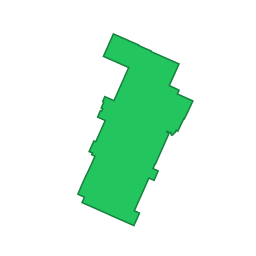 outline of Daireaux, Buenos Aires, Argentina, rotated 248°
{"feature_id": "61730980B69261173940199", "entity_name": "Daireaux", "entity_type": "district", "adm_level": 2, "iso_a3": "ARG", "parent_name": "Argentina", "parent_adm1": "Buenos Aires", "projection": "albers", "projection_center": [-61.961, -36.621], "detail": "fine", "context": "isolated", "style": "filled", "palette": "green", "viewbox_px": 256, "rotation_deg": 248, "n_neighbors": 0, "source": "geoboundaries", "source_scale": "gbopen_adm2", "svg_char_len": 1853}
<svg xmlns="http://www.w3.org/2000/svg" viewBox="0 0 256 256"><g transform="rotate(248 128 128)"><path d="M167.5,198.5L168.3,199.3L190.4,177.8L190.8,178.2L195.0,174.1L200.6,168.7L200.9,169.0L220.7,149.7L203.6,132.0L183.8,151.3L158.6,125.2L165.8,118.3L162.0,114.4L160.9,115.1L156.6,110.6L155.4,111.8L153.4,109.7L154.4,108.8L149.5,103.9L143.5,109.7L127.3,92.9L128.8,91.5L124.0,86.5L123.7,86.2L120.7,83.1L118.3,85.7L116.9,84.3L114.3,86.8L107.2,79.6L100.2,72.0L99.9,71.5L93.2,64.5L85.4,56.7L80.2,61.7L76.1,57.4L54.4,78.5L54.1,78.6L35.3,96.9L44.8,106.8L48.9,102.9L73.7,128.6L69.7,132.6L76.9,139.9L81.0,136.0L84.6,139.7L84.4,140.0L107.6,164.0L107.7,163.9L107.8,163.8L108.0,163.7L108.4,163.6L108.5,163.5L108.7,163.4L108.9,163.3L108.9,163.1L109.0,163.0L109.3,163.0L109.5,162.8L109.6,162.7L109.9,162.5L110.0,162.6L110.2,162.9L110.0,163.0L109.9,163.1L109.7,163.1L109.6,163.4L109.4,163.4L109.2,163.5L108.8,163.8L108.6,163.9L108.6,164.0L108.3,164.0L108.2,163.9L107.9,164.0L108.0,164.4L108.1,164.6L108.2,164.8L108.2,165.1L108.3,165.3L108.2,165.6L108.0,165.9L107.9,165.9L107.7,165.9L107.4,165.7L107.2,165.6L106.8,165.7L106.6,165.7L106.4,165.8L106.2,165.8L105.9,165.8L105.7,165.9L105.5,165.7L105.4,165.6L105.1,165.6L105.0,165.8L104.9,166.0L104.9,166.4L105.0,166.5L105.0,166.8L104.9,167.1L105.0,167.3L105.1,167.5L105.3,167.7L105.4,167.8L105.5,168.0L105.6,168.3L105.7,168.5L105.8,168.7L105.9,168.8L105.9,169.0L106.0,169.2L106.1,169.4L106.2,169.6L106.2,169.8L106.3,169.9L106.3,170.2L106.4,170.4L106.5,170.6L106.6,170.8L106.7,171.0L106.8,171.1L107.0,171.2L107.2,171.3L107.4,171.4L107.6,171.5L107.9,171.7L108.0,171.9L108.0,172.0L107.9,172.1L107.7,172.2L107.4,172.3L107.2,172.5L106.9,172.7L106.4,173.0L115.7,183.2L115.3,183.6L120.7,189.7L120.9,189.9L128.8,198.3L141.1,186.5L143.9,189.5L151.9,182.2L167.5,198.5Z" fill="#22c55e" stroke="#15803d" stroke-width="1.5"/></g></svg>